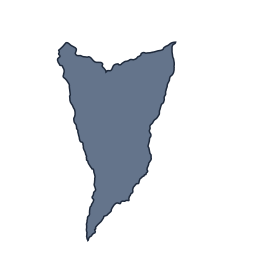 outline of Enciso, Santander, Colombia, rotated 345°
{"feature_id": "7082276B96027613653317", "entity_name": "Enciso", "entity_type": "district", "adm_level": 2, "iso_a3": "COL", "parent_name": "Colombia", "parent_adm1": "Santander", "projection": "albers", "projection_center": [-72.688, 6.65], "detail": "fine", "context": "isolated", "style": "filled", "palette": "slate", "viewbox_px": 256, "rotation_deg": 345, "n_neighbors": 0, "source": "geoboundaries", "source_scale": "gbopen_adm2", "svg_char_len": 5702}
<svg xmlns="http://www.w3.org/2000/svg" viewBox="0 0 256 256"><g transform="rotate(345 128 128)"><path d="M88.0,205.2L89.7,204.3L90.3,203.8L90.5,203.4L90.7,202.6L91.3,201.9L91.8,201.3L92.5,200.6L93.6,199.6L94.7,198.7L96.6,197.7L97.1,197.6L98.2,197.6L98.8,197.9L100.2,198.8L100.9,199.0L101.2,198.9L101.5,198.2L101.9,197.8L102.9,197.3L103.3,197.2L103.7,197.2L105.8,197.9L106.1,197.9L106.8,197.6L107.3,197.5L109.0,197.9L109.9,198.3L110.1,198.2L110.3,197.8L110.5,196.5L110.8,195.9L111.7,194.4L112.7,193.7L113.7,192.4L114.1,192.1L115.2,191.8L115.7,191.5L116.1,190.9L116.4,190.1L116.4,189.3L116.5,188.8L117.4,187.3L118.0,186.5L119.5,185.5L120.1,185.0L120.9,184.6L121.6,184.0L122.2,184.0L123.1,184.3L123.6,184.3L124.0,184.1L124.4,183.5L125.0,182.3L125.9,180.9L126.5,180.2L127.1,179.9L128.4,179.4L129.1,178.8L131.1,178.4L131.3,178.2L131.4,177.9L131.6,177.6L131.9,177.5L133.1,177.6L133.4,177.4L133.8,176.5L134.2,176.1L135.2,175.6L135.5,175.3L135.9,174.7L135.6,173.5L135.6,173.1L135.9,172.3L136.2,171.6L136.7,170.9L137.4,170.1L138.4,168.7L138.9,167.4L139.2,167.0L139.7,166.7L140.7,165.8L141.4,165.2L142.0,164.6L142.5,163.7L142.6,162.8L143.3,160.0L142.9,158.9L142.6,158.3L143.0,152.7L142.6,151.1L142.7,150.5L145.2,146.2L145.9,144.3L146.3,143.5L146.9,142.7L147.4,142.5L147.9,141.9L148.2,141.2L148.4,140.4L148.4,139.7L147.8,137.8L147.8,137.2L147.8,136.3L148.0,135.9L149.1,134.4L149.3,133.8L149.5,132.2L149.7,131.7L150.4,130.9L152.7,129.7L153.1,129.4L154.7,127.7L155.4,127.2L155.9,126.9L157.4,126.4L158.8,125.6L161.6,123.0L162.0,122.3L162.8,119.6L163.8,118.2L165.2,115.7L166.3,114.0L166.8,113.6L167.9,113.2L168.8,112.6L169.7,111.2L170.4,110.0L170.7,108.2L171.0,107.5L171.4,106.9L171.9,106.4L172.9,105.5L173.1,105.1L173.6,103.0L173.9,102.3L174.6,101.3L175.0,100.4L176.5,98.2L176.9,97.0L177.5,95.8L180.2,92.8L180.4,92.5L180.5,92.0L181.0,91.0L181.3,90.3L181.9,89.5L182.5,89.0L183.3,88.7L184.3,88.2L185.4,87.3L186.4,86.1L187.5,83.9L188.0,82.1L188.3,81.3L188.4,80.3L189.0,79.0L189.5,77.0L189.7,74.9L189.9,72.8L189.6,71.4L189.7,70.0L189.9,68.8L190.2,66.0L191.5,61.1L191.9,60.4L192.6,59.6L193.0,59.2L195.0,58.6L195.4,58.4L195.9,58.0L196.1,57.6L196.2,57.4L194.8,57.1L193.6,57.0L192.0,57.1L191.2,57.3L190.7,57.4L189.5,58.0L187.9,58.6L185.7,58.9L183.7,59.6L182.9,60.2L182.3,61.1L181.2,61.4L179.6,61.5L177.0,61.2L172.6,61.3L171.7,61.1L170.9,61.3L170.1,61.0L169.6,61.1L168.5,61.0L166.1,60.5L164.8,60.4L164.3,60.2L163.6,59.6L162.7,59.2L162.2,59.1L161.5,59.1L160.3,59.4L159.9,59.7L159.6,60.1L159.4,60.7L159.1,60.9L157.7,61.6L156.2,61.7L155.9,61.8L154.2,63.0L153.5,63.2L152.8,63.4L150.9,63.5L148.7,62.6L147.9,62.5L146.9,62.7L146.0,63.1L144.3,63.2L144.0,63.2L143.0,63.0L142.2,63.0L141.1,63.3L138.8,64.1L137.9,64.7L137.3,65.0L135.7,64.7L135.3,64.3L135.2,63.7L134.7,63.4L133.0,63.2L132.1,63.3L131.4,63.4L130.4,63.8L129.7,64.4L127.4,67.3L126.7,67.8L126.0,68.0L125.3,68.0L123.9,67.5L122.9,67.3L122.5,67.4L121.9,68.0L121.2,68.3L121.3,67.8L121.3,66.6L120.2,64.0L119.5,62.9L119.1,61.9L119.2,61.1L120.0,60.0L120.1,59.6L119.9,59.0L119.4,58.1L118.6,57.6L116.0,56.8L114.7,56.5L113.6,55.9L113.2,55.6L112.1,54.3L110.4,50.8L109.6,49.8L109.0,49.3L108.4,49.0L106.8,49.0L105.8,48.5L103.4,47.6L102.4,47.0L101.0,45.8L100.3,45.6L98.5,45.2L97.4,44.7L96.8,43.9L96.5,43.2L96.4,42.2L96.9,41.4L97.6,40.5L98.3,39.2L98.5,38.4L98.4,37.9L97.8,36.8L97.5,36.5L96.4,35.4L94.9,34.0L94.1,33.2L92.7,31.1L91.9,30.2L91.0,29.7L90.5,29.7L90.0,29.7L86.1,32.4L82.6,34.3L82.0,34.6L81.5,34.7L81.3,34.9L81.1,35.2L81.3,35.9L81.3,36.8L81.0,37.4L80.3,38.1L80.2,38.4L80.2,39.2L80.8,40.0L80.9,40.4L80.8,41.3L80.7,41.5L79.6,42.0L79.2,42.3L78.6,42.5L78.1,42.9L77.8,43.3L77.5,44.2L77.6,46.6L78.2,48.3L78.3,49.4L78.5,49.7L78.7,49.9L80.3,50.7L80.5,50.9L80.7,51.3L80.7,52.0L81.3,54.8L81.2,55.9L81.0,56.8L80.6,57.8L80.0,58.7L79.5,59.9L78.9,60.8L78.7,61.4L78.7,61.9L78.9,62.5L80.0,64.0L81.1,66.1L82.3,69.9L82.5,70.9L82.4,71.7L82.1,72.5L81.8,74.1L80.9,80.8L80.4,81.7L79.9,82.0L79.8,82.4L79.4,84.9L79.1,86.0L79.1,88.2L79.8,90.6L80.2,91.6L80.6,94.6L80.9,95.3L81.1,96.5L81.1,97.4L81.0,98.9L80.3,101.6L80.0,102.1L79.3,103.3L78.4,104.3L78.1,104.8L77.8,106.0L77.6,107.6L77.6,108.5L78.0,109.8L78.5,110.8L78.7,111.8L78.5,113.9L78.2,115.3L78.8,116.7L78.9,117.3L78.9,117.7L78.5,118.9L78.5,121.0L78.4,122.3L78.5,124.0L78.2,126.4L78.3,127.9L78.5,128.7L78.7,129.0L80.1,130.0L80.4,130.7L80.5,131.1L80.5,131.7L80.2,132.2L80.2,133.6L80.0,134.7L79.8,135.1L79.7,136.3L80.0,138.4L80.3,139.6L80.4,141.0L80.3,142.5L80.7,144.5L80.2,145.4L80.1,145.9L80.0,147.3L79.7,147.9L79.7,148.3L80.6,149.4L80.5,151.2L80.8,152.6L81.3,154.1L81.7,155.6L82.4,157.2L82.5,158.0L82.8,158.3L83.4,158.4L83.8,158.9L83.9,160.0L83.6,161.9L83.7,163.7L83.6,166.3L83.4,167.0L82.8,168.1L82.6,168.8L82.5,169.6L82.1,170.3L81.9,171.0L81.4,172.4L80.8,173.5L80.6,174.2L80.6,175.1L80.8,176.9L80.8,177.9L80.8,179.0L80.6,179.6L79.9,180.3L78.3,181.2L78.1,181.5L77.6,182.8L77.0,183.9L76.7,184.3L75.7,185.0L75.4,185.8L75.3,186.1L75.6,187.0L76.2,187.9L76.3,188.4L76.1,189.0L75.0,190.6L73.0,192.4L72.7,193.3L72.3,193.7L71.2,194.4L70.8,194.9L69.6,197.6L69.3,198.6L69.0,199.4L68.6,201.2L68.4,201.6L67.8,202.4L66.1,203.4L65.8,203.8L65.3,205.4L64.5,206.8L64.1,208.2L63.2,209.7L62.9,210.4L62.8,211.5L62.3,213.5L61.5,215.4L61.3,216.8L61.3,218.5L60.8,219.6L60.7,220.2L60.5,220.8L59.9,222.2L60.0,222.6L59.8,224.5L59.9,224.9L60.1,225.6L60.1,226.3L60.5,226.1L61.5,224.4L62.3,223.6L62.6,223.4L64.7,222.8L65.1,222.5L65.4,222.1L66.0,221.6L67.0,221.1L67.8,220.8L68.8,220.7L69.0,220.6L69.6,219.7L69.4,217.7L69.6,217.4L69.8,217.3L70.4,217.3L70.7,217.0L70.8,216.8L70.9,215.8L71.2,215.3L73.6,213.6L77.7,211.4L78.7,210.6L80.9,208.6L81.4,207.9L81.7,207.2L82.3,207.0L84.7,206.9L85.4,206.7L86.7,205.8L88.0,205.2Z" fill="#64748b" stroke="#1e293b" stroke-width="1.5"/></g></svg>